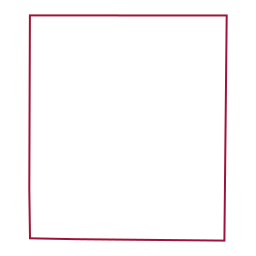 outline of Runnels, Texas, United States of America
{"feature_id": "52423323B92139575394667", "entity_name": "Runnels", "entity_type": "district", "adm_level": 2, "iso_a3": "USA", "parent_name": "United States of America", "parent_adm1": "Texas", "projection": "albers", "projection_center": [-100.016, 31.83], "detail": "fine", "context": "isolated", "style": "outline", "palette": "rose", "viewbox_px": 256, "rotation_deg": 0, "n_neighbors": 0, "source": "geoboundaries", "source_scale": "gbopen_adm2", "svg_char_len": 215}
<svg xmlns="http://www.w3.org/2000/svg" viewBox="0 0 256 256"><path d="M224.4,240.6L226.7,15.5L61.3,15.4L29.9,15.4L29.3,188.9L30.0,238.3L76.5,239.2L224.4,240.6Z" fill="none" stroke="#9f1239" stroke-width="2"/></svg>